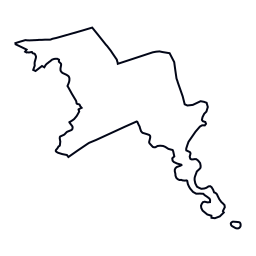 the district of Do Son, Hải Phòng, Vietnam
{"feature_id": "81297802B95607767906649", "entity_name": "Do Son", "entity_type": "district", "adm_level": 2, "iso_a3": "VNM", "parent_name": "Vietnam", "parent_adm1": "Hải Phòng", "projection": "mercator", "projection_center": [106.765, 20.712], "detail": "fine", "context": "isolated", "style": "outline", "palette": "ink", "viewbox_px": 256, "rotation_deg": 0, "n_neighbors": 0, "source": "geoboundaries", "source_scale": "gbopen_adm2", "svg_char_len": 4229}
<svg xmlns="http://www.w3.org/2000/svg" viewBox="0 0 256 256"><path d="M169.6,53.2L162.2,52.0L159.5,51.4L156.1,51.7L152.8,52.3L146.7,54.3L130.0,59.8L119.3,63.3L117.8,63.8L117.5,62.1L117.3,61.5L117.0,60.6L116.8,59.6L115.6,57.9L112.2,52.9L110.9,50.9L109.2,48.7L107.2,46.1L105.8,44.6L105.1,43.7L98.1,34.9L92.2,27.6L82.5,30.5L78.0,31.8L59.0,37.2L56.1,38.0L52.8,38.7L51.9,39.0L50.8,39.5L49.8,39.7L44.5,39.7L41.3,39.9L39.2,39.9L38.5,39.9L38.2,40.0L29.4,40.4L27.0,40.3L25.6,40.1L25.4,40.1L19.6,41.8L15.4,43.1L15.6,44.3L21.3,47.0L26.6,49.6L25.1,51.7L25.6,52.0L26.6,52.5L27.4,52.3L28.9,52.5L30.0,52.3L31.7,52.0L31.9,52.0L32.1,52.4L32.5,53.0L33.1,53.4L34.3,53.6L35.0,54.2L35.7,55.7L36.0,56.6L35.9,57.8L34.7,62.1L34.6,63.1L34.6,64.3L34.7,65.2L34.7,65.8L34.4,66.5L33.2,69.9L35.5,71.0L42.0,66.0L44.3,67.3L45.4,65.4L45.8,64.8L46.9,63.7L48.0,62.9L49.2,61.9L50.1,61.3L50.5,61.0L50.8,60.7L51.4,60.2L52.0,59.7L52.8,59.4L53.6,59.1L54.5,58.9L55.3,58.8L56.6,58.8L57.3,58.8L59.0,59.7L58.9,60.8L58.9,61.7L60.6,63.3L61.0,63.8L61.1,64.3L61.1,65.1L60.5,68.3L60.5,69.2L60.5,70.2L60.7,70.8L61.0,71.4L61.4,71.9L62.4,72.9L66.5,74.8L68.0,75.8L68.5,76.2L68.7,76.5L69.0,77.0L69.4,78.2L69.4,79.3L69.4,80.1L69.3,80.8L69.1,81.8L68.6,83.3L67.5,86.0L68.4,87.5L71.8,93.7L76.0,100.7L76.3,101.6L76.6,103.4L77.0,103.8L77.5,104.0L78.9,104.3L79.4,104.5L79.7,104.9L80.0,105.5L80.2,106.1L81.6,107.8L78.6,109.3L78.5,109.5L79.1,111.2L79.2,111.5L79.0,111.9L77.8,114.1L76.7,116.0L74.2,119.0L72.9,120.0L70.2,121.8L69.7,121.9L69.4,122.1L69.4,122.4L69.9,123.1L72.2,126.1L72.4,126.6L72.6,127.0L72.6,127.6L72.4,128.9L71.9,129.6L71.5,130.0L68.1,131.4L67.1,131.8L66.6,132.2L66.2,132.6L64.4,134.5L63.7,134.9L60.2,136.5L59.9,136.9L59.7,138.2L60.1,140.6L60.3,141.4L60.2,142.4L59.9,145.1L59.7,145.7L59.5,145.9L58.8,146.3L58.5,146.5L57.3,148.5L56.1,149.8L55.9,150.2L55.8,150.5L55.8,151.1L56.0,151.4L56.5,151.9L58.1,152.8L62.3,154.1L66.9,155.0L68.4,157.0L77.7,150.5L87.9,143.6L89.2,142.8L96.0,140.0L124.7,126.8L136.6,121.5L137.1,121.7L137.3,121.8L138.7,124.9L139.6,126.5L140.0,128.1L141.1,131.3L142.5,132.8L146.8,134.1L149.1,134.9L149.9,135.6L150.2,136.2L150.2,137.0L150.2,137.7L149.1,142.1L149.5,143.3L152.8,146.9L154.1,147.3L155.5,147.2L157.5,146.0L160.2,145.7L163.2,146.0L165.3,146.9L168.4,148.9L172.6,150.0L173.2,151.3L174.3,156.4L173.3,157.3L172.6,158.0L172.3,158.3L172.3,158.7L172.6,160.7L173.8,162.0L177.0,163.5L181.3,164.7L181.5,165.0L180.7,165.6L178.8,166.3L176.6,167.1L175.4,168.3L174.8,169.7L174.8,171.3L175.4,173.9L175.5,175.7L176.3,177.8L177.6,179.1L179.4,180.0L181.3,179.9L182.6,180.4L184.8,180.6L186.6,180.4L187.2,180.8L187.9,184.2L189.1,186.8L190.2,188.6L193.0,191.9L196.2,193.7L200.1,193.6L203.3,193.8L204.6,195.1L207.3,196.9L209.5,198.6L210.1,200.0L210.0,202.1L207.6,202.4L204.7,201.7L202.9,202.2L201.8,203.8L201.0,205.7L201.3,208.1L202.6,210.6L207.3,214.5L211.4,215.7L211.5,217.8L214.9,218.2L219.8,216.4L223.8,212.5L222.9,211.2L223.4,210.0L224.8,207.2L224.5,205.1L222.9,203.4L221.4,202.1L219.3,199.2L217.7,196.0L216.9,194.2L215.5,192.9L214.1,192.4L213.1,189.7L211.5,187.1L210.2,186.2L208.5,186.4L206.4,187.8L204.3,188.5L201.3,188.8L199.2,187.9L197.0,186.7L195.3,183.4L194.6,180.0L194.6,179.3L194.6,178.6L194.7,177.6L195.1,176.2L196.6,172.1L196.8,171.5L199.5,169.0L200.3,168.1L200.6,167.1L200.6,165.6L200.1,163.1L198.9,161.5L197.7,160.2L196.1,159.1L194.5,159.1L193.0,159.4L191.5,159.4L190.4,158.9L190.0,157.9L189.7,156.6L190.3,154.4L190.5,153.3L190.1,152.3L189.1,151.7L186.3,150.4L186.2,149.7L186.2,149.1L186.3,148.3L187.3,145.2L188.5,141.8L195.5,131.7L199.9,126.6L201.6,125.6L202.2,125.3L204.8,125.4L206.0,123.8L205.3,122.0L202.8,121.2L201.9,119.9L202.5,117.2L204.2,113.8L206.4,111.6L207.8,107.0L206.6,102.8L203.9,101.8L200.6,101.2L192.8,104.9L187.4,105.5L184.7,104.3L182.7,96.4L177.8,82.4L177.5,81.3L176.5,78.5L175.3,70.2L174.2,62.1L169.6,53.2ZM238.1,228.4L238.9,228.1L239.7,227.5L240.2,226.8L240.5,226.2L240.6,225.4L240.6,224.5L240.5,223.8L240.2,223.1L239.9,222.6L239.3,222.3L238.5,222.1L237.3,222.0L236.5,221.9L235.0,221.8L233.7,221.7L232.8,221.7L232.3,221.9L231.7,222.3L231.2,222.7L230.9,223.2L230.8,223.6L230.9,224.2L231.1,224.9L231.4,225.5L232.2,226.2L233.3,226.8L235.2,227.9L236.2,228.3L237.2,228.4L238.1,228.4Z" fill="none" stroke="#020617" stroke-width="2"/></svg>